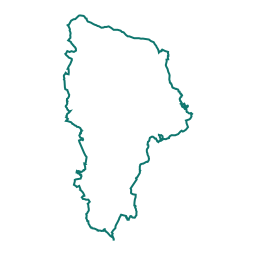 outline of Stoenesti, Vâlcea, Romania
{"feature_id": "2599482B56016323731525", "entity_name": "Stoenesti", "entity_type": "district", "adm_level": 2, "iso_a3": "ROU", "parent_name": "Romania", "parent_adm1": "Vâlcea", "projection": "mercator", "projection_center": [24.166, 45.143], "detail": "fine", "context": "isolated", "style": "outline", "palette": "teal", "viewbox_px": 256, "rotation_deg": 0, "n_neighbors": 0, "source": "geoboundaries", "source_scale": "gbopen_adm2", "svg_char_len": 5722}
<svg xmlns="http://www.w3.org/2000/svg" viewBox="0 0 256 256"><path d="M128.8,219.7L128.9,218.6L129.6,217.7L130.4,216.1L131.4,216.2L132.0,217.2L132.5,217.5L134.5,217.7L135.0,217.5L135.5,216.3L136.4,215.3L136.4,213.0L136.6,211.7L136.1,210.5L135.8,208.6L135.1,207.6L135.2,206.9L135.6,206.2L135.4,205.8L134.3,205.5L134.5,202.2L134.9,199.3L135.6,197.2L135.7,194.7L133.0,194.3L131.2,193.3L131.0,192.6L131.2,190.1L130.9,189.0L130.6,188.5L136.7,179.4L136.7,179.1L136.0,178.4L136.3,177.7L137.3,177.2L139.8,173.0L139.9,172.0L139.8,171.8L139.8,171.5L140.3,170.5L139.7,169.9L139.8,169.0L139.8,166.4L140.2,165.4L140.2,164.8L140.6,164.3L142.3,163.7L143.1,163.7L146.5,161.8L147.6,161.9L148.7,160.3L149.0,158.7L148.7,157.8L148.7,156.9L147.8,155.2L147.4,153.9L147.5,153.3L147.0,152.4L146.8,151.0L146.9,149.3L148.0,147.8L148.4,146.8L148.3,145.1L147.5,144.7L148.0,141.8L148.6,141.4L149.3,140.7L149.5,139.2L149.9,137.8L151.8,136.7L152.9,136.7L153.7,137.5L154.3,137.6L155.1,138.7L156.0,138.6L156.6,140.0L157.2,140.6L157.2,141.3L158.4,142.1L159.2,141.1L160.3,140.9L160.4,139.4L160.7,139.0L159.9,137.3L159.8,136.1L158.9,135.2L158.9,134.9L160.1,135.3L161.2,135.1L162.5,136.2L162.7,137.4L162.3,138.7L162.3,139.8L163.1,139.2L164.1,139.0L165.9,139.2L167.2,138.5L168.9,138.1L168.8,137.4L169.4,137.0L169.8,136.2L171.5,135.2L175.1,135.3L178.2,134.1L180.6,131.4L181.7,130.7L182.5,131.5L183.5,131.3L185.9,129.7L188.0,127.1L186.5,123.1L186.4,121.2L186.0,120.5L189.3,119.4L190.3,118.6L191.5,116.5L191.2,114.9L192.1,113.9L191.1,113.0L189.8,113.4L188.8,113.3L187.7,112.2L186.8,112.0L186.5,111.4L186.6,110.0L186.2,109.3L184.9,109.1L184.1,107.7L182.2,106.7L182.0,106.2L183.7,106.7L186.3,108.3L186.8,107.4L187.7,106.7L187.9,106.2L187.8,105.7L187.4,105.6L185.5,107.0L184.6,105.7L185.0,105.4L184.3,103.7L181.7,104.8L181.4,104.0L180.8,103.7L181.6,102.8L181.3,102.5L181.0,101.5L180.2,101.0L180.2,100.4L179.8,99.7L179.7,98.9L180.5,97.3L181.4,96.7L181.4,95.6L182.0,95.4L181.7,94.6L181.1,94.3L180.9,93.7L180.4,93.7L180.3,93.3L179.6,92.6L179.6,91.7L178.5,91.4L178.4,90.2L177.8,89.4L176.8,89.2L176.1,88.8L175.5,88.9L174.5,88.3L173.2,88.0L172.8,87.4L172.4,87.3L171.5,84.2L171.0,83.9L170.8,83.1L169.9,82.7L169.8,81.3L169.4,80.0L169.3,79.3L169.6,75.5L169.3,74.1L168.3,71.9L167.5,68.8L166.3,66.6L165.8,65.1L166.7,61.3L166.5,59.6L168.2,59.3L167.8,57.5L167.9,55.9L168.4,55.9L168.4,54.3L168.0,53.6L168.1,51.9L165.3,51.1L162.2,49.6L161.3,50.6L161.5,51.1L160.7,51.5L159.9,51.4L158.9,52.5L158.4,50.3L157.7,48.7L156.6,47.0L156.2,45.9L154.8,44.2L153.7,42.2L151.0,41.1L148.9,39.5L142.9,38.6L141.0,38.7L139.0,38.2L134.2,38.2L129.2,36.3L127.7,36.3L126.0,35.0L123.6,32.3L121.8,31.9L120.7,30.7L117.7,29.8L113.6,29.8L111.4,28.0L108.7,26.4L106.2,27.0L104.8,26.9L103.5,27.5L101.4,27.7L98.8,26.2L97.6,26.0L96.1,25.1L95.4,25.0L93.4,24.1L90.9,22.6L87.7,21.5L86.8,19.9L86.6,18.6L85.6,18.4L84.4,16.5L83.5,15.9L80.0,15.4L78.8,15.7L75.3,19.1L73.5,19.3L71.1,20.7L69.1,24.4L67.6,25.2L67.9,25.6L68.6,25.9L68.9,27.1L69.7,28.6L69.9,29.6L69.6,30.4L70.1,31.5L70.6,33.2L70.2,35.7L70.4,36.2L70.4,37.9L69.2,39.1L69.1,39.8L68.7,39.8L68.2,40.4L70.8,41.9L71.2,42.5L71.5,43.5L72.3,44.1L73.0,45.2L73.4,45.3L73.9,46.3L74.9,47.0L75.2,47.8L75.8,48.3L76.0,50.6L73.9,51.9L71.4,51.2L69.6,52.0L67.3,51.1L65.8,53.8L65.4,54.0L66.1,55.0L68.2,56.8L68.6,57.5L71.7,58.8L71.9,60.0L70.2,64.1L68.9,66.1L67.6,68.9L68.5,69.0L68.6,69.5L68.8,72.3L68.6,74.3L66.8,73.9L65.7,72.8L65.0,74.1L63.9,75.4L63.9,76.9L64.4,78.3L64.3,78.9L63.9,79.3L64.5,80.6L64.9,87.4L65.3,89.2L67.4,90.1L67.6,91.1L68.2,92.3L68.4,93.4L69.2,94.7L69.0,96.4L68.0,98.2L67.0,98.9L66.9,100.7L67.6,101.3L67.5,101.7L67.0,102.1L67.3,103.4L66.7,104.9L65.8,105.9L65.7,106.4L66.2,107.3L66.8,107.8L67.5,109.7L68.1,110.0L68.4,110.6L69.2,111.4L70.3,111.1L69.2,112.5L67.2,113.9L67.0,115.0L66.5,115.5L66.8,116.6L66.1,117.2L67.9,118.9L67.3,119.8L66.4,120.3L66.0,120.9L67.5,121.1L71.0,122.2L71.7,122.8L72.4,123.9L73.3,124.1L74.7,125.4L75.9,125.7L76.9,126.8L78.5,127.0L80.0,127.9L80.3,128.1L80.9,129.4L81.4,129.7L81.5,130.0L81.2,130.0L81.1,130.8L81.7,131.0L81.1,131.5L81.1,132.1L80.5,132.6L80.7,133.1L80.2,133.1L80.1,133.3L80.3,133.8L79.3,135.4L80.3,137.6L82.8,138.5L82.8,139.5L83.0,139.6L82.8,140.2L82.6,140.2L81.7,139.5L79.0,140.5L79.4,142.0L84.0,152.7L85.4,155.5L86.6,157.0L85.7,162.8L85.3,163.4L84.9,163.4L85.5,164.1L84.4,164.3L85.1,166.5L85.3,169.1L84.3,169.9L83.8,170.0L83.9,170.4L83.3,170.6L82.1,171.6L81.0,172.0L80.3,172.1L80.0,171.9L79.8,172.1L79.7,171.9L80.0,171.9L80.0,171.5L79.1,171.2L78.8,171.8L78.3,171.1L77.7,171.3L76.9,170.9L76.7,171.5L76.6,172.3L77.4,172.2L77.4,172.9L77.6,173.2L80.8,174.5L80.3,175.1L81.5,176.1L80.6,178.6L75.9,179.4L74.8,179.9L74.8,181.5L73.9,184.8L75.9,186.0L76.8,187.0L79.2,185.9L80.5,189.3L80.6,189.8L80.3,190.0L81.5,190.9L83.0,192.6L84.3,195.2L84.4,195.8L82.9,196.2L81.8,197.4L82.6,198.3L82.8,198.9L84.9,199.2L85.9,199.7L88.4,199.7L89.6,201.6L89.3,201.7L89.1,202.5L87.7,203.8L88.2,204.7L88.3,205.5L88.4,207.1L88.7,208.2L88.8,210.3L88.3,211.4L87.5,212.4L87.3,213.1L86.7,213.8L86.2,214.1L86.7,215.7L86.5,216.1L86.6,217.2L86.1,218.0L86.9,219.5L87.3,221.1L88.3,221.2L88.5,223.7L89.4,225.0L90.2,226.7L90.7,227.1L90.8,227.5L91.7,227.5L92.2,228.3L94.5,228.6L97.4,229.9L97.5,230.4L98.2,230.4L98.4,230.7L98.9,230.5L99.9,230.5L101.7,231.0L102.7,230.8L103.5,230.1L103.5,230.8L103.8,230.9L104.1,230.7L104.0,229.6L104.7,229.4L104.7,229.9L105.5,230.7L105.8,231.5L107.3,232.5L110.4,236.0L113.0,237.6L113.7,239.3L113.5,240.6L113.8,239.1L112.1,234.9L112.7,233.6L111.8,232.5L113.1,230.5L115.4,228.1L115.5,226.3L116.0,225.0L117.6,222.1L118.9,219.5L119.5,217.6L120.5,216.1L120.7,215.2L121.1,214.7L126.1,216.0L126.4,216.6L126.1,217.0L126.2,217.6L126.5,218.0L127.1,218.1L127.3,219.6L127.8,219.8L128.8,219.7Z" fill="none" stroke="#0f766e" stroke-width="2"/></svg>